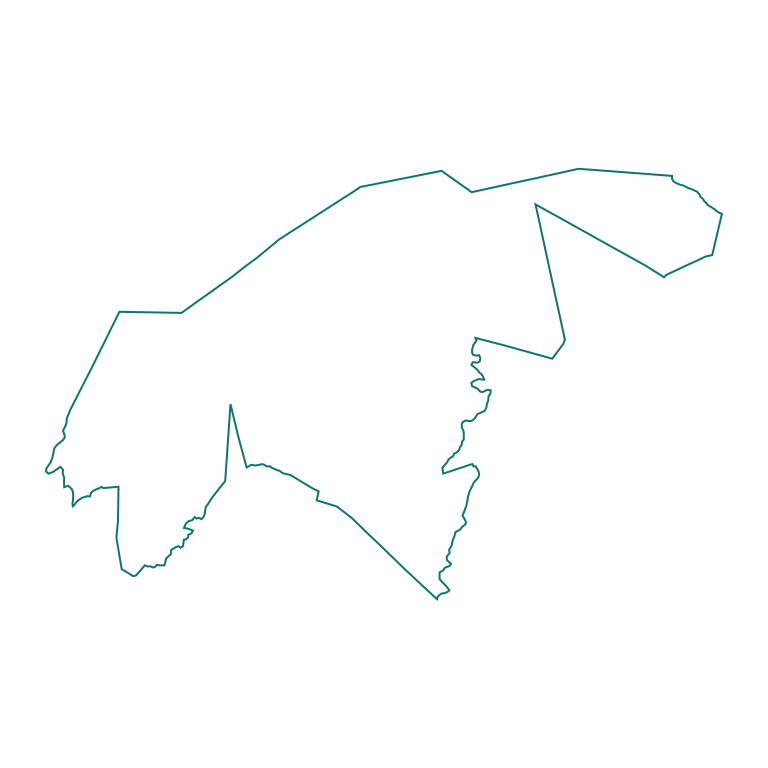 outline of Granja, Ceará, Brazil
{"feature_id": "56859067B39466543976812", "entity_name": "Granja", "entity_type": "district", "adm_level": 2, "iso_a3": "BRA", "parent_name": "Brazil", "parent_adm1": "Ceará", "projection": "natural_earth1", "projection_center": [-40.989, -3.264], "detail": "fine", "context": "isolated", "style": "outline", "palette": "teal", "viewbox_px": 768, "rotation_deg": 0, "n_neighbors": 0, "source": "geoboundaries", "source_scale": "gbopen_adm2", "svg_char_len": 3862}
<svg xmlns="http://www.w3.org/2000/svg" viewBox="0 0 768 768"><path d="M133.0,576.1L135.9,575.6L144.9,565.3L147.4,566.4L150.5,566.3L153.0,567.5L155.1,566.9L156.9,564.8L159.4,565.3L164.3,565.4L165.2,562.4L166.0,558.9L168.2,556.4L170.7,554.5L171.2,549.9L175.7,547.2L178.4,546.1L180.6,547.7L183.0,546.1L183.8,539.7L185.9,539.5L188.1,537.3L188.3,534.8L191.4,533.5L193.0,530.7L189.7,529.2L187.2,528.5L184.0,528.0L185.0,525.3L186.5,522.9L188.9,521.1L192.2,520.2L194.6,517.1L196.5,518.6L198.7,517.8L201.5,519.2L203.4,517.2L204.6,514.5L205.2,510.8L205.8,506.8L207.9,504.2L210.2,500.6L212.5,497.1L219.3,488.4L225.2,481.0L228.3,435.8L230.5,404.2L238.3,436.6L246.6,467.4L248.6,466.3L251.3,464.8L255.4,465.5L259.2,464.9L261.7,464.1L264.0,464.6L266.6,466.4L270.1,466.3L272.0,467.9L276.8,470.0L279.3,470.7L283.0,473.3L286.6,474.1L290.4,475.0L312.6,488.4L318.7,491.4L316.7,500.3L334.9,505.9L337.1,506.7L351.7,517.9L355.5,521.6L359.6,525.6L367.2,533.0L380.4,545.5L383.0,548.0L405.3,569.7L437.0,599.2L437.7,596.8L439.3,595.1L441.2,593.7L444.5,593.1L447.4,592.1L449.3,590.3L447.9,588.2L446.0,585.9L444.4,584.1L442.0,582.1L439.6,579.0L439.5,575.3L439.7,572.3L443.0,570.6L444.9,567.7L447.3,566.8L449.6,566.1L451.0,563.8L449.1,562.1L446.8,559.9L446.8,556.6L448.3,554.6L449.7,552.9L449.1,549.9L451.6,545.6L452.3,542.3L452.8,540.0L454.6,535.7L455.4,532.2L457.4,531.2L460.5,529.3L462.1,526.9L464.9,524.8L466.1,522.5L464.6,519.1L462.6,515.8L463.4,513.5L466.3,505.8L467.1,502.1L467.9,497.7L468.4,495.0L469.7,491.1L471.7,487.1L473.4,483.4L474.9,481.1L477.9,478.2L479.2,475.0L478.6,471.5L475.7,466.3L473.5,466.4L472.3,464.0L443.3,473.6L442.3,467.9L444.9,464.7L447.0,462.5L448.2,460.0L450.2,457.9L452.9,456.5L454.2,453.5L456.4,452.7L459.0,450.2L460.2,446.9L461.8,444.5L462.0,441.8L463.7,439.7L463.8,436.8L463.8,434.1L463.5,431.0L461.8,427.5L461.8,424.1L462.9,422.0L465.8,420.4L468.7,421.1L471.9,420.8L474.8,418.4L476.4,415.7L477.8,413.8L480.1,413.1L482.1,411.9L484.2,411.3L486.3,408.1L486.9,403.5L488.2,401.1L488.5,396.5L490.4,393.5L490.7,390.4L487.7,389.8L485.4,390.6L482.5,392.2L480.1,391.5L477.7,388.8L474.6,387.2L472.1,386.1L471.4,382.8L473.7,381.1L476.6,379.9L478.9,379.0L481.9,379.5L484.2,379.6L483.2,376.9L481.5,374.1L479.4,372.7L477.9,370.4L476.1,368.7L474.1,366.9L471.4,365.0L472.8,362.2L474.9,362.4L477.5,362.7L479.7,361.3L480.4,358.5L479.2,355.2L476.1,355.6L473.3,355.0L472.0,352.5L472.2,349.2L473.3,345.1L474.6,343.2L476.4,340.9L475.4,337.9L504.0,345.3L552.3,358.7L554.8,355.3L560.1,348.2L561.6,346.1L563.4,343.8L564.9,339.8L561.9,325.8L556.0,298.9L550.2,272.1L539.2,221.2L535.5,204.4L581.9,230.2L610.2,246.0L646.0,265.9L664.1,277.3L666.4,274.8L669.9,273.2L687.9,264.7L692.7,262.6L702.5,258.0L705.6,256.5L712.2,255.1L721.9,213.9L719.6,212.9L716.5,210.9L713.8,208.8L710.9,206.9L707.7,205.0L706.0,202.6L704.2,201.1L703.1,199.0L700.5,196.9L699.4,194.4L697.3,191.8L694.3,190.4L691.2,189.0L688.1,188.0L684.2,185.8L679.9,184.6L676.0,183.0L673.5,181.4L672.0,178.8L672.0,175.9L598.7,170.3L578.6,168.8L533.5,178.7L517.3,182.2L493.5,187.4L471.6,192.2L468.5,189.9L441.5,170.8L435.3,172.1L406.2,177.9L385.9,181.9L360.2,187.0L358.0,188.6L354.3,191.1L279.3,239.3L256.7,258.0L244.3,267.1L233.3,275.9L204.0,296.8L196.2,302.3L181.5,312.9L119.4,311.8L91.9,367.5L72.8,404.8L70.3,409.8L66.7,418.8L66.5,423.3L64.5,427.8L63.0,430.7L64.6,435.2L64.7,437.6L62.8,440.2L57.0,444.8L54.2,448.6L52.9,455.7L52.1,458.7L50.4,462.6L46.3,468.6L46.1,471.6L48.6,473.7L52.9,472.0L60.4,466.8L63.0,469.8L62.7,473.4L64.2,478.0L64.0,482.0L64.2,487.2L67.8,485.8L69.9,487.2L71.8,489.2L72.9,492.0L73.2,495.2L73.0,500.3L72.4,503.8L72.9,506.2L74.6,504.6L76.2,502.2L78.9,499.9L82.1,497.7L85.2,496.9L87.3,496.2L89.9,496.5L90.8,493.5L92.5,491.3L94.5,490.2L96.6,489.2L98.7,488.5L101.5,486.9L103.4,488.1L118.5,486.7L118.0,520.8L116.4,537.6L121.7,569.2L128.5,573.2L133.0,576.1Z" fill="none" stroke="#0f766e" stroke-width="2"/></svg>